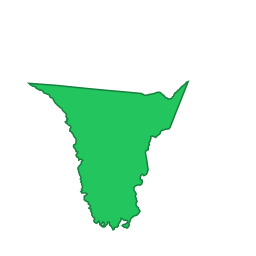 Araguainha, Mato Grosso, Brazil (Robinson projection), rotated 61°
{"feature_id": "56859067B18780861461560", "entity_name": "Araguainha", "entity_type": "district", "adm_level": 2, "iso_a3": "BRA", "parent_name": "Brazil", "parent_adm1": "Mato Grosso", "projection": "robinson", "projection_center": [-53.085, -16.703], "detail": "fine", "context": "isolated", "style": "filled", "palette": "green", "viewbox_px": 256, "rotation_deg": 61, "n_neighbors": 0, "source": "geoboundaries", "source_scale": "gbopen_adm2", "svg_char_len": 3477}
<svg xmlns="http://www.w3.org/2000/svg" viewBox="0 0 256 256"><g transform="rotate(61 128 128)"><path d="M175.4,199.6L176.7,198.8L177.9,198.6L178.7,199.7L179.1,201.1L180.2,200.6L181.2,199.5L182.7,201.0L184.8,200.7L186.4,201.8L188.7,201.7L190.9,200.9L192.2,202.6L193.6,203.1L195.1,202.5L196.2,201.7L195.8,200.5L195.4,198.6L197.2,198.9L198.9,199.5L199.5,198.2L198.8,196.7L198.0,195.6L199.4,194.8L201.2,195.9L201.3,197.2L200.9,198.7L202.1,198.2L203.1,196.8L203.0,195.4L202.2,194.3L201.9,192.5L200.5,191.2L201.0,190.1L202.8,190.6L204.4,191.1L205.4,190.5L206.7,190.3L208.2,190.3L209.9,190.4L209.7,189.0L208.6,188.1L208.9,186.2L209.5,185.1L208.8,183.7L207.5,183.1L206.7,181.6L205.7,179.6L204.7,178.4L203.7,177.7L205.1,176.7L206.9,176.3L207.9,174.0L209.4,173.5L210.7,174.7L210.7,177.1L210.2,178.9L210.4,180.3L211.7,180.1L213.2,179.2L214.0,178.1L215.1,177.5L214.7,175.6L213.5,174.0L212.0,173.5L211.0,172.2L210.1,170.9L209.1,170.1L208.4,169.0L208.1,166.8L207.9,164.9L208.5,163.1L208.3,161.6L207.5,159.7L206.7,157.9L205.2,157.8L204.0,158.0L202.8,157.5L201.6,158.0L200.4,158.4L198.7,158.1L197.2,156.9L196.5,155.5L195.1,155.7L193.4,154.8L191.6,154.9L190.7,154.0L189.5,152.7L188.2,152.8L186.9,152.8L185.2,152.9L183.3,151.9L182.3,150.0L182.4,147.8L183.0,146.3L183.8,145.1L183.7,143.4L182.0,141.5L180.4,140.9L179.3,141.7L178.2,142.1L177.4,141.1L176.3,140.6L175.6,139.0L175.7,137.6L177.4,137.2L177.5,134.5L176.3,132.7L175.2,131.8L174.5,130.7L163.4,126.5L158.1,124.8L156.6,123.4L156.8,120.7L155.4,120.1L153.9,119.0L153.1,117.4L151.2,117.0L150.4,115.3L149.0,114.1L148.2,112.9L146.5,112.4L146.7,110.7L148.6,109.2L149.7,108.4L149.1,106.6L148.8,104.4L148.5,102.7L147.4,101.8L146.6,100.3L146.9,98.3L147.2,96.2L147.9,94.2L148.6,92.6L147.7,90.7L134.9,75.3L134.0,74.1L116.6,52.9L116.4,54.9L117.3,56.8L117.6,58.3L117.8,60.4L118.2,62.1L118.8,63.5L119.3,65.3L119.5,66.7L120.1,68.1L120.1,69.7L120.8,71.2L122.1,72.5L122.6,74.4L123.3,75.5L122.9,77.5L121.7,79.0L120.6,79.4L119.7,80.4L118.4,80.6L116.9,80.9L115.4,81.6L114.3,82.0L112.7,82.5L111.3,84.2L110.8,86.4L110.6,88.0L110.3,89.4L109.8,91.0L109.2,92.2L108.8,93.9L108.2,96.2L107.3,97.8L106.0,98.3L104.2,99.7L101.6,103.5L96.0,111.7L87.8,123.8L83.7,129.9L75.0,142.6L64.0,158.5L55.9,170.1L40.9,193.0L42.4,192.6L43.5,192.0L45.0,191.1L46.2,190.0L47.3,189.0L48.5,189.1L50.4,187.9L52.0,186.9L53.1,185.2L54.8,184.6L56.6,184.5L58.1,183.0L59.3,182.2L60.9,180.7L63.0,181.2L64.2,180.5L65.7,179.4L67.6,179.6L69.5,179.6L71.1,179.4L72.6,178.9L73.7,178.7L75.2,178.1L77.0,177.5L78.8,176.5L81.0,176.6L82.6,176.2L84.1,175.6L85.7,175.3L86.9,175.6L87.8,176.7L89.4,176.7L90.7,176.1L91.1,177.7L92.4,178.1L92.2,179.9L93.3,179.9L95.1,178.9L96.7,178.5L98.4,177.4L100.0,177.7L100.9,179.5L102.6,180.4L104.2,179.2L105.4,179.4L106.8,179.0L108.6,179.4L110.6,179.1L112.3,178.7L114.0,179.6L115.6,180.6L116.6,181.7L116.5,183.6L117.5,184.6L118.7,184.8L120.6,184.3L122.2,184.5L123.5,184.8L124.6,183.5L125.7,184.8L126.4,186.6L128.3,186.9L129.7,185.8L131.1,186.0L132.2,186.6L132.2,184.7L133.2,183.7L134.3,183.2L134.8,185.0L135.8,185.7L136.9,186.9L137.4,188.7L138.2,190.6L139.4,191.7L140.8,191.6L142.4,192.5L143.8,192.4L145.0,193.0L146.1,193.0L147.3,192.9L148.7,193.2L149.5,194.5L151.3,194.3L152.4,195.5L153.8,195.1L155.0,195.9L156.6,196.0L158.2,196.9L159.2,198.5L160.6,198.4L160.7,200.1L162.7,199.8L163.4,198.1L164.0,196.8L166.0,195.6L166.5,197.9L166.5,199.5L168.0,200.1L169.4,201.1L171.1,200.5L172.2,199.6L174.0,198.7L175.4,199.6Z" fill="#22c55e" stroke="#15803d" stroke-width="1.5"/></g></svg>